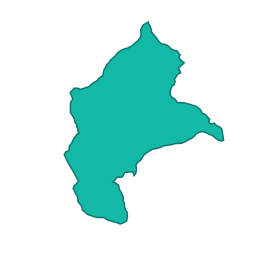 Álvares Florence, São Paulo, Brazil (Mercator projection), rotated 54°
{"feature_id": "56859067B7861185161013", "entity_name": "Álvares Florence", "entity_type": "district", "adm_level": 2, "iso_a3": "BRA", "parent_name": "Brazil", "parent_adm1": "São Paulo", "projection": "mercator", "projection_center": [-49.909, -20.294], "detail": "fine", "context": "isolated", "style": "filled", "palette": "teal", "viewbox_px": 256, "rotation_deg": 54, "n_neighbors": 0, "source": "geoboundaries", "source_scale": "gbopen_adm2", "svg_char_len": 2565}
<svg xmlns="http://www.w3.org/2000/svg" viewBox="0 0 256 256"><g transform="rotate(54 128 128)"><path d="M194.0,57.8L190.9,56.2L183.9,52.7L180.8,53.2L178.6,54.9L174.7,55.4L173.8,58.5L170.8,59.3L168.8,56.8L165.4,57.3L162.8,57.4L159.6,59.4L157.1,58.8L154.9,58.8L152.0,59.7L149.1,60.9L147.6,62.5L145.7,63.6L143.0,65.9L140.9,67.5L138.3,70.5L136.4,73.3L134.0,73.0L132.1,73.1L129.0,74.5L126.0,74.3L123.6,72.7L122.1,71.0L120.0,67.8L120.2,65.3L118.1,62.6L116.1,62.0L114.1,57.2L113.9,55.1L114.3,53.0L109.4,52.1L109.0,49.9L108.3,44.2L105.5,45.1L100.9,45.4L99.4,42.8L94.2,43.1L92.3,45.1L89.4,46.6L86.1,47.0L84.1,47.7L82.3,48.8L80.4,50.9L78.0,52.0L75.9,52.1L72.5,52.1L69.8,52.1L67.3,52.4L64.3,52.5L61.2,51.1L58.6,50.2L56.2,50.1L54.1,49.4L53.6,55.5L56.0,59.9L59.1,61.8L61.6,64.0L63.2,68.4L63.3,70.6L63.4,73.7L64.0,76.4L63.5,78.6L63.2,81.2L62.0,84.0L61.2,87.1L61.0,89.4L61.2,92.5L62.0,95.4L62.5,98.0L62.8,102.3L64.2,105.2L64.1,107.4L65.8,110.8L66.8,113.1L68.8,115.5L71.1,117.7L70.7,119.7L70.6,122.5L71.7,125.1L71.3,127.1L71.2,129.3L71.0,131.8L71.7,134.7L70.3,139.3L68.8,143.8L66.1,145.4L64.2,148.2L64.8,151.0L65.4,154.0L72.0,155.5L73.4,159.0L74.9,160.6L77.1,162.2L79.1,163.5L81.2,165.3L83.0,165.6L85.4,165.6L88.8,165.9L92.4,167.7L95.5,167.3L96.8,168.8L99.0,169.0L101.2,170.3L103.6,170.8L103.0,173.2L104.0,175.4L104.6,177.7L106.1,180.7L107.4,182.9L108.0,186.1L109.7,187.2L111.5,189.3L110.8,192.6L112.1,195.3L120.1,196.8L127.9,197.6L131.7,197.9L142.1,199.3L143.2,205.5L144.6,207.8L147.3,208.2L149.9,208.9L153.5,209.2L155.5,209.8L157.8,211.7L160.2,211.6L163.0,211.4L165.2,211.8L167.5,213.2L170.2,212.3L172.4,212.0L174.7,211.3L176.3,210.0L178.4,208.5L180.7,206.8L182.5,205.3L184.2,203.1L185.4,201.0L187.5,199.7L191.0,198.3L193.0,196.5L196.0,194.4L198.6,192.2L201.0,190.9L202.0,187.7L202.4,183.6L200.6,181.9L199.2,180.3L197.2,179.3L195.5,178.2L193.0,178.2L190.2,177.3L186.3,175.0L184.2,174.8L180.9,172.3L178.4,171.9L176.1,171.4L173.6,171.2L171.3,170.5L168.8,169.3L164.4,170.7L162.9,172.1L162.5,169.2L161.3,165.4L163.4,163.3L164.2,160.9L162.0,156.8L163.7,154.2L164.6,152.0L166.8,149.9L170.1,151.0L169.4,148.7L167.5,146.4L165.8,144.9L164.0,144.1L162.3,142.8L161.5,140.1L161.5,136.9L160.4,134.1L159.0,130.2L159.1,127.3L159.2,124.3L159.6,120.4L161.8,116.2L162.9,112.0L163.6,109.0L165.3,105.9L167.0,102.9L167.9,99.9L169.5,97.2L171.6,94.1L172.5,90.8L172.9,87.9L173.2,85.0L173.8,82.5L173.5,79.2L172.8,76.1L173.3,73.1L174.0,70.8L175.5,69.2L177.6,67.5L180.7,66.1L182.8,64.7L185.4,63.6L188.0,63.1L191.0,61.9L193.3,60.3L194.0,57.8Z" fill="#14b8a6" stroke="#0f766e" stroke-width="1.5"/></g></svg>